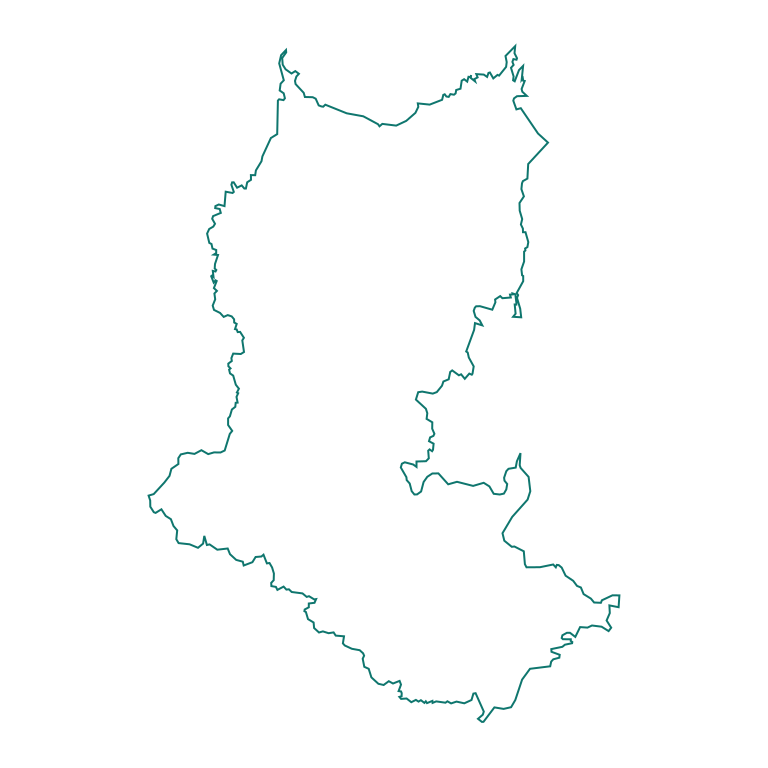 Brebes, Jawa Tengah, Indonesia (Natural Earth projection)
{"feature_id": "22746128B82312103386068", "entity_name": "Brebes", "entity_type": "district", "adm_level": 2, "iso_a3": "IDN", "parent_name": "Indonesia", "parent_adm1": "Jawa Tengah", "projection": "natural_earth1", "projection_center": [108.937, -7.053], "detail": "fine", "context": "isolated", "style": "outline", "palette": "teal", "viewbox_px": 768, "rotation_deg": 0, "n_neighbors": 0, "source": "geoboundaries", "source_scale": "gbopen_adm2", "svg_char_len": 6051}
<svg xmlns="http://www.w3.org/2000/svg" viewBox="0 0 768 768"><path d="M611.2,627.7L606.6,620.5L609.8,613.1L609.4,605.4L618.6,607.2L619.4,595.4L612.5,595.3L601.9,600.3L600.9,602.8L594.1,602.5L590.9,598.6L583.6,594.1L580.9,587.5L577.0,585.9L573.2,580.8L565.6,575.7L561.7,567.6L558.7,565.1L556.8,564.9L555.8,567.3L553.2,564.5L540.0,567.2L526.5,567.3L524.9,564.2L523.8,551.3L514.4,546.5L511.8,546.8L504.3,540.7L502.5,533.2L512.2,516.9L527.6,499.6L530.3,491.2L528.6,476.9L520.6,467.9L519.7,465.2L520.5,453.1L516.9,461.3L515.7,467.6L508.5,468.8L506.3,471.2L504.1,477.8L504.5,480.7L507.2,484.0L506.3,489.4L503.9,493.6L499.8,494.5L493.7,493.8L489.4,486.4L483.7,482.8L473.1,485.9L457.0,481.8L448.2,484.3L438.4,473.4L432.3,473.5L427.3,476.8L423.6,482.0L421.1,491.5L417.1,494.4L414.4,494.5L411.7,491.2L409.7,483.5L406.7,480.1L406.4,477.2L400.8,467.5L401.9,463.7L404.8,462.3L413.2,464.5L416.5,466.9L416.5,461.5L426.0,461.2L428.8,458.3L428.2,450.7L429.6,449.4L432.1,451.2L433.0,449.8L433.6,443.7L429.0,441.2L430.1,437.4L433.4,435.9L434.4,433.8L432.2,428.7L432.3,422.3L426.6,418.9L427.3,413.2L425.9,408.8L415.9,399.6L418.2,392.2L422.2,391.6L432.8,393.6L436.8,392.1L442.0,385.7L443.4,381.5L448.7,379.3L450.2,372.0L452.2,370.4L458.9,375.3L461.1,374.3L464.8,378.8L469.3,373.6L471.8,374.7L472.5,373.7L473.7,366.4L468.8,357.5L467.7,352.5L466.2,351.5L474.1,329.9L475.0,323.1L482.3,325.4L479.7,320.4L475.5,316.9L473.7,310.9L474.8,307.7L476.1,306.3L480.0,306.2L492.3,309.7L495.4,302.3L495.1,299.5L500.2,296.1L502.4,298.2L510.8,297.5L510.0,294.6L512.7,294.4L512.5,293.4L515.3,294.3L516.4,302.8L516.3,304.6L514.7,304.5L515.6,313.7L513.1,316.8L521.2,317.3L520.2,308.7L517.0,297.9L518.1,295.1L516.7,293.0L523.2,281.2L523.2,276.0L522.1,275.3L521.4,269.3L524.1,261.5L524.1,251.6L525.4,250.5L525.1,248.5L527.4,247.1L528.3,242.1L525.5,232.2L523.0,232.2L522.9,228.6L520.9,224.5L522.2,219.1L519.7,210.7L519.5,203.0L523.9,196.4L521.4,189.1L522.0,183.3L522.9,181.1L527.4,178.6L528.2,164.0L548.0,142.6L538.0,133.5L520.8,108.2L516.4,109.4L513.3,100.7L514.0,98.4L517.0,96.2L526.8,95.9L522.3,91.7L521.6,89.0L524.7,81.0L523.2,80.7L522.8,78.2L521.7,79.7L523.1,65.9L519.0,70.1L514.7,81.3L513.1,80.3L513.6,76.4L511.0,67.8L513.6,64.9L512.4,61.9L513.4,59.1L516.5,59.7L517.0,58.2L514.5,53.2L515.2,46.1L505.5,56.0L506.7,62.1L506.1,66.9L499.1,75.6L497.5,74.9L493.3,78.4L489.9,72.5L488.5,72.9L487.1,76.9L483.8,74.6L476.3,74.1L477.6,77.4L474.3,79.1L475.1,81.4L470.8,78.0L471.1,75.1L470.4,77.2L468.5,76.8L467.2,81.6L464.1,79.2L461.7,80.7L460.5,88.7L456.2,90.0L455.6,93.4L454.0,94.7L450.4,94.1L448.7,96.9L446.4,96.5L444.7,94.3L443.3,94.9L442.1,99.8L429.7,104.6L417.8,103.4L418.3,106.9L415.4,112.9L406.2,120.9L396.2,125.6L382.3,123.9L379.5,126.3L378.0,124.2L363.3,116.3L346.7,113.3L325.3,104.7L323.2,106.7L321.3,106.4L318.7,105.4L315.7,98.7L312.7,97.2L304.9,97.0L303.7,92.8L295.6,84.1L295.0,80.9L296.4,76.5L298.9,73.8L295.3,71.1L291.5,73.5L285.6,69.3L282.7,64.7L282.2,58.0L286.2,52.4L286.0,50.0L281.1,55.2L279.2,63.4L283.8,80.3L280.6,83.7L279.7,90.5L283.7,93.3L284.9,98.3L283.5,100.1L279.1,99.3L277.9,100.6L277.2,134.1L270.9,138.0L262.4,156.4L261.5,161.2L255.9,170.4L255.2,175.2L250.9,175.1L251.0,179.8L247.2,182.3L245.9,188.5L244.3,188.5L241.7,185.4L237.1,187.7L233.7,182.3L232.1,182.4L231.4,184.8L233.8,191.9L232.5,193.0L225.7,191.7L224.5,206.1L218.8,204.5L215.4,206.1L215.2,208.1L219.7,209.0L220.8,212.9L213.1,216.1L212.2,218.8L215.0,223.8L213.3,226.6L209.2,229.0L207.1,233.6L209.3,242.9L211.5,244.0L212.5,248.6L216.2,250.0L216.2,253.1L213.8,254.6L218.0,255.0L215.0,264.0L214.7,268.5L216.3,270.0L215.5,271.5L212.8,270.9L213.5,276.9L212.1,275.5L211.2,276.2L213.7,282.6L215.5,280.3L216.7,281.0L213.9,288.1L216.9,290.9L214.4,293.5L215.2,299.3L212.7,305.6L214.0,309.9L220.0,312.9L223.7,316.9L227.7,315.1L231.7,316.4L234.1,319.3L234.2,322.5L236.7,323.9L235.0,329.1L236.7,329.5L237.7,332.1L240.1,331.9L243.9,337.8L242.3,340.4L244.0,352.0L240.8,354.0L233.2,353.6L231.4,358.1L231.8,361.0L228.3,363.6L228.4,366.3L230.5,368.4L229.1,369.6L230.0,373.4L233.2,375.6L235.8,384.7L238.9,388.7L236.9,392.5L238.2,393.2L236.5,396.9L237.6,402.6L235.7,402.8L235.3,406.8L231.9,409.5L229.9,416.3L228.1,418.4L228.1,425.0L232.2,430.9L229.8,433.9L224.7,450.5L220.5,452.5L214.0,452.4L208.2,454.1L201.4,450.2L194.5,453.9L187.7,452.8L180.8,454.4L178.3,458.2L178.4,464.0L171.4,468.8L169.5,475.9L164.3,482.6L153.7,494.1L148.6,495.6L150.2,500.5L150.3,506.7L153.8,512.2L155.6,512.9L161.4,509.3L165.7,515.9L170.9,519.2L173.5,526.0L177.2,530.4L176.3,539.2L178.6,543.1L189.6,544.3L198.0,547.8L203.1,543.6L204.3,535.9L206.9,545.0L209.6,544.4L217.3,549.7L227.7,548.5L230.0,554.2L236.2,559.9L242.8,561.7L243.7,565.5L252.4,562.2L255.6,557.0L261.4,556.5L263.5,554.7L266.9,563.4L269.5,563.0L272.1,567.5L273.9,573.5L273.7,580.2L271.2,582.9L271.4,586.1L275.9,586.9L277.4,589.9L283.6,586.6L286.4,589.6L288.9,589.3L291.7,592.0L302.5,593.4L306.7,596.9L309.0,596.2L314.2,599.4L316.1,599.1L314.5,602.8L308.8,603.5L308.8,607.3L304.7,609.5L304.4,611.2L305.9,612.0L308.0,619.1L313.6,622.5L314.1,628.0L319.0,632.5L322.9,631.4L328.6,633.2L333.6,632.4L335.7,635.6L344.0,636.3L342.9,643.4L344.8,645.5L351.9,648.8L359.7,650.2L363.1,653.3L364.1,655.7L362.7,658.7L364.3,666.8L368.7,668.8L371.4,677.4L378.4,683.8L383.6,685.0L388.8,681.2L393.0,683.5L399.6,680.9L401.0,684.6L398.6,691.1L401.0,691.4L401.7,693.1L401.6,696.2L399.4,696.9L401.1,698.9L406.6,698.5L411.3,702.2L415.9,699.9L418.5,701.6L420.9,700.2L424.4,702.9L425.8,701.3L427.0,703.1L432.4,700.9L432.6,702.9L436.2,701.4L445.5,702.7L447.4,701.3L451.1,703.4L456.5,701.6L464.3,703.3L471.5,700.0L473.4,693.6L475.6,693.2L483.8,711.6L482.8,714.7L478.0,718.8L481.9,721.9L483.5,721.8L494.4,707.4L503.6,708.9L511.1,707.2L515.3,700.0L522.1,679.6L530.0,668.8L550.2,666.3L551.2,661.6L553.3,659.3L559.3,657.7L559.7,654.8L551.5,651.8L551.3,649.1L562.4,646.8L564.9,644.7L572.1,643.2L572.3,642.0L570.7,640.9L570.8,639.3L562.9,639.2L561.7,638.0L562.4,635.3L566.9,632.8L570.0,632.8L575.3,636.9L580.1,627.1L587.5,627.6L592.0,625.5L601.6,626.7L608.6,631.1L611.2,627.7Z" fill="none" stroke="#0f766e" stroke-width="2"/></svg>